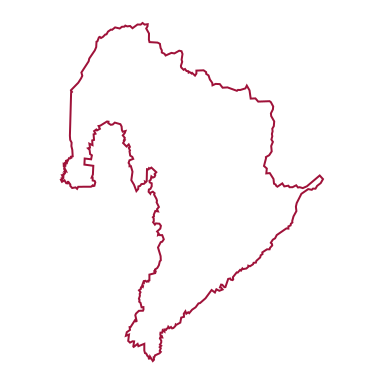 outline of Ciénaga, Magdalena, Colombia
{"feature_id": "7082276B78010874315873", "entity_name": "Ciénaga", "entity_type": "district", "adm_level": 2, "iso_a3": "COL", "parent_name": "Colombia", "parent_adm1": "Magdalena", "projection": "equal_earth", "projection_center": [-74.061, 10.857], "detail": "fine", "context": "isolated", "style": "outline", "palette": "rose", "viewbox_px": 384, "rotation_deg": 0, "n_neighbors": 0, "source": "geoboundaries", "source_scale": "gbopen_adm2", "svg_char_len": 5918}
<svg xmlns="http://www.w3.org/2000/svg" viewBox="0 0 384 384"><path d="M323.0,179.1L319.7,175.5L306.9,186.3L302.8,188.1L299.7,187.2L298.0,187.5L296.2,185.3L292.5,187.2L289.5,187.2L288.4,185.7L284.3,186.4L282.3,183.4L277.4,186.7L276.2,185.8L275.6,184.5L274.0,183.7L273.5,179.0L269.8,173.1L266.3,173.4L266.8,168.5L264.0,166.0L266.0,158.3L265.9,157.1L269.2,155.2L271.7,151.4L271.2,146.0L272.9,141.9L271.4,139.5L272.3,136.2L271.9,134.0L272.6,131.3L272.3,128.7L273.8,126.2L274.2,121.4L271.2,116.1L270.9,113.4L272.9,109.4L273.2,106.5L270.9,102.2L269.6,101.2L258.2,101.6L255.4,98.4L250.7,98.6L249.5,90.3L246.8,85.6L245.4,88.4L240.2,90.0L238.0,89.9L236.9,90.8L227.5,87.4L222.6,87.7L219.8,84.1L215.6,83.9L212.5,85.3L212.2,82.8L209.9,79.5L208.5,75.4L206.2,73.9L206.1,72.1L203.6,70.3L196.4,70.6L196.4,73.6L195.0,75.6L192.1,72.9L191.6,73.5L189.7,72.1L188.6,72.6L188.3,71.2L186.5,71.0L185.0,69.0L183.6,69.8L181.2,67.4L180.9,65.9L182.2,61.8L181.6,59.7L182.5,54.0L181.5,51.2L179.2,50.7L174.4,53.4L171.4,52.9L165.6,55.5L164.5,53.8L161.8,52.5L161.8,50.3L160.6,48.0L159.9,43.8L157.6,42.6L149.5,42.1L148.9,39.7L149.0,33.5L146.2,28.5L147.5,26.4L147.7,24.2L144.6,24.6L142.5,23.0L140.7,24.6L137.5,24.5L132.5,28.2L130.1,26.0L127.2,26.4L125.3,25.6L124.5,26.6L121.9,26.8L119.7,28.5L115.1,27.4L112.1,29.8L110.9,29.6L108.0,31.6L106.5,34.3L105.3,34.5L102.9,36.9L101.0,38.0L99.8,36.9L98.9,37.4L97.4,41.3L96.5,41.7L96.2,47.1L94.8,50.4L89.3,58.5L88.6,61.4L81.4,72.5L82.3,75.8L81.1,78.3L78.3,82.7L70.9,90.3L71.3,92.0L72.6,91.3L71.1,92.8L69.9,135.8L70.2,139.9L71.6,142.6L71.4,146.1L72.3,149.9L72.7,156.3L71.0,156.7L71.4,157.7L70.2,158.4L69.1,158.1L67.5,161.3L67.4,160.2L66.0,160.8L66.1,162.1L66.8,161.6L66.8,162.8L65.6,162.3L64.6,163.1L65.2,163.5L64.6,164.1L65.0,164.7L65.6,163.6L65.4,165.3L63.7,164.2L63.8,166.3L64.7,166.6L64.1,168.9L64.5,169.4L64.9,168.9L65.6,170.2L65.2,170.1L64.9,170.6L65.3,170.4L65.7,171.1L64.8,170.7L64.5,171.3L65.1,172.9L64.5,174.1L65.0,174.3L63.8,174.0L63.5,174.8L63.2,173.8L63.0,175.4L62.1,175.3L62.4,176.0L63.4,175.7L63.3,178.2L62.6,178.8L62.7,178.0L61.6,178.3L61.8,179.7L61.0,179.9L62.0,181.8L64.5,180.3L66.2,183.2L67.6,183.4L67.8,181.9L68.4,181.9L70.3,184.5L70.3,185.9L72.2,188.0L75.6,187.4L77.1,188.8L78.2,186.8L91.1,186.7L92.7,185.4L93.1,186.1L94.4,185.8L95.3,182.3L94.6,180.9L92.7,180.5L92.6,177.7L91.6,177.7L92.9,174.5L93.3,165.8L84.4,164.6L84.7,158.5L91.1,159.3L91.9,155.3L90.1,154.1L89.6,149.9L88.0,148.3L90.0,147.7L89.4,143.7L92.5,145.1L92.2,140.4L94.0,139.9L93.6,134.3L95.5,133.7L94.1,131.1L96.3,129.5L97.0,130.4L99.9,128.8L98.6,126.0L100.2,125.7L107.0,121.5L108.5,121.7L108.3,123.2L110.8,124.8L112.7,124.5L114.8,122.6L120.4,124.2L121.6,126.5L121.9,130.0L122.7,131.7L125.5,131.0L124.7,133.1L122.8,135.4L124.8,137.9L124.0,140.1L124.7,140.2L123.1,143.0L126.5,146.5L128.7,144.4L129.9,146.9L128.8,147.9L130.0,150.5L129.5,151.2L130.2,155.6L132.3,156.9L133.2,158.9L129.5,160.3L128.6,162.9L129.6,164.6L129.5,166.3L130.9,166.2L132.5,171.7L131.3,180.2L134.0,184.7L136.4,191.1L138.2,189.0L138.4,186.4L140.1,185.9L141.4,184.1L144.0,183.8L145.3,182.5L145.1,181.7L145.9,182.1L146.7,181.2L147.0,169.2L148.4,169.4L149.0,168.1L149.8,168.6L151.4,167.6L156.3,172.2L154.6,174.1L155.3,175.1L154.5,176.9L152.8,177.6L151.4,176.4L150.7,179.8L149.4,180.9L149.7,182.4L151.7,183.3L151.7,186.3L150.4,188.9L148.9,189.5L148.6,191.8L150.3,193.7L150.6,192.7L152.8,191.7L154.6,193.2L154.1,194.6L156.4,198.8L157.0,200.8L156.6,202.3L158.9,207.0L157.0,209.2L158.0,211.4L155.3,211.0L153.8,214.7L154.0,216.2L152.9,217.2L153.7,218.2L153.8,221.1L153.1,222.2L154.9,224.6L155.9,223.4L159.4,223.7L160.9,225.8L160.3,228.6L157.1,231.5L158.3,232.9L158.0,235.1L159.3,234.4L159.8,235.1L162.2,235.1L163.8,239.3L162.2,241.7L160.7,242.2L158.0,247.5L160.6,256.1L160.8,260.3L159.8,261.3L158.9,265.2L157.3,268.0L155.0,269.5L155.1,270.7L154.3,271.0L154.4,272.0L155.6,271.8L155.2,273.1L149.4,274.6L149.4,280.3L148.6,280.5L148.4,282.4L148.0,280.9L146.4,281.7L145.5,280.8L143.9,281.1L143.9,282.2L143.5,281.8L142.3,285.1L143.1,286.0L142.8,287.0L141.9,286.3L140.9,287.6L140.9,288.9L139.0,290.3L140.5,292.2L139.7,293.8L139.9,295.8L138.9,298.8L139.5,299.9L139.2,301.7L140.5,302.8L141.6,307.3L143.4,307.1L143.5,309.5L143.0,310.7L138.9,310.8L136.0,313.6L135.3,315.2L136.6,321.0L135.9,321.4L134.9,320.3L130.6,327.0L129.6,327.1L130.0,329.9L126.8,332.2L125.9,335.8L129.0,334.6L128.2,340.9L130.0,342.6L132.5,341.3L134.1,341.4L133.3,346.5L133.7,346.9L137.6,343.9L138.4,346.2L144.3,343.8L144.3,350.5L145.0,353.1L146.2,353.5L147.4,355.9L148.3,356.4L148.9,358.6L149.8,358.5L150.1,356.7L152.8,361.0L154.0,359.7L153.7,357.2L154.5,356.9L155.0,355.4L159.5,353.3L160.8,351.9L159.7,350.9L160.8,348.2L159.7,347.1L161.2,345.8L159.9,344.7L161.2,342.7L161.3,340.8L159.9,338.4L160.2,337.6L162.3,337.5L161.7,335.8L160.6,335.7L160.3,334.3L160.5,332.7L162.2,332.7L162.7,330.2L164.5,331.6L164.5,329.5L166.0,329.9L166.5,328.7L167.7,328.5L168.3,326.7L169.6,328.1L171.0,327.0L172.1,328.4L173.4,328.0L175.3,326.1L175.7,324.5L176.2,324.9L180.3,322.6L181.2,317.6L184.0,316.8L183.8,313.7L185.4,311.3L186.3,313.7L188.2,312.3L189.2,313.2L192.1,309.7L195.6,307.3L198.5,303.4L200.0,303.1L205.5,298.3L211.6,290.0L214.9,292.5L216.4,289.3L219.3,290.8L222.6,289.5L221.2,287.7L220.0,287.4L221.1,284.6L222.3,284.8L224.4,287.2L225.4,287.1L228.2,278.9L230.2,278.5L230.9,279.7L232.6,280.1L233.2,279.4L232.9,277.2L236.7,272.4L237.7,272.6L240.1,269.9L241.0,270.6L242.4,268.4L243.1,269.1L246.4,268.5L248.3,266.8L248.3,265.7L250.1,266.2L253.0,264.3L253.6,262.8L255.9,262.6L256.4,260.8L260.2,257.4L260.7,255.3L262.5,254.1L262.3,252.4L267.0,249.3L269.6,249.3L270.1,247.7L272.2,245.5L272.0,244.0L270.8,242.8L272.8,239.7L275.1,238.3L276.7,235.1L286.4,228.4L288.4,228.6L288.4,226.4L290.6,225.4L290.9,223.7L292.4,222.5L292.2,221.1L293.5,216.4L296.4,211.1L295.9,206.7L296.7,203.1L301.4,193.8L308.2,189.1L311.8,189.8L313.0,188.6L315.5,188.7L317.1,185.9L320.7,183.1L323.0,179.1Z" fill="none" stroke="#9f1239" stroke-width="2"/></svg>